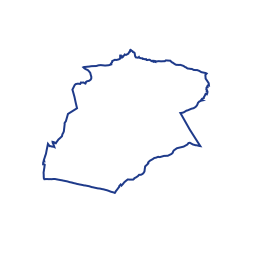 Ixhuatlancillo, Veracruz, Mexico (Natural Earth projection), rotated 123°
{"feature_id": "50627088B49506441430120", "entity_name": "Ixhuatlancillo", "entity_type": "district", "adm_level": 2, "iso_a3": "MEX", "parent_name": "Mexico", "parent_adm1": "Veracruz", "projection": "natural_earth1", "projection_center": [-97.161, 18.893], "detail": "fine", "context": "isolated", "style": "outline", "palette": "blue", "viewbox_px": 256, "rotation_deg": 123, "n_neighbors": 0, "source": "geoboundaries", "source_scale": "gbopen_adm2", "svg_char_len": 5274}
<svg xmlns="http://www.w3.org/2000/svg" viewBox="0 0 256 256"><g transform="rotate(123 128 128)"><path d="M216.5,170.3L216.1,169.7L215.9,169.6L214.8,167.9L214.7,167.7L214.5,167.4L214.2,166.8L212.9,164.8L212.6,164.3L211.5,162.9L210.8,161.9L210.6,161.5L210.2,160.7L210.0,160.0L209.8,159.6L209.5,158.9L209.4,158.5L209.0,157.7L208.7,156.9L208.5,156.4L208.2,155.7L208.0,155.3L207.7,154.6L207.5,153.9L207.2,153.2L206.9,152.5L206.7,151.9L206.3,151.0L206.0,150.2L205.8,149.7L205.1,147.2L204.9,146.8L204.8,146.5L204.7,146.3L204.6,146.1L204.5,145.9L204.4,145.6L204.4,145.4L204.3,145.1L204.2,145.0L204.2,144.8L204.1,144.7L203.8,143.6L203.7,143.3L203.3,142.3L203.2,142.0L203.1,141.7L203.0,141.4L202.8,140.7L202.5,139.8L202.2,139.2L201.9,138.3L201.5,137.3L201.3,136.9L200.4,134.6L200.3,134.2L200.2,133.9L200.0,133.5L199.8,133.1L199.6,132.8L199.4,132.4L199.3,132.0L199.2,131.8L198.9,131.1L198.7,130.6L198.0,128.9L197.7,127.8L197.7,127.7L197.6,127.4L197.5,126.9L197.4,126.7L197.3,126.1L197.0,125.6L196.7,124.8L196.6,124.5L195.9,122.6L195.6,121.9L195.3,120.9L195.2,120.8L194.9,120.1L194.6,119.5L194.3,118.9L194.1,118.6L193.5,116.9L193.2,116.1L192.9,115.5L192.6,114.6L192.5,114.3L192.2,113.3L191.6,111.6L191.6,111.4L191.5,111.0L191.4,110.7L191.3,110.4L191.2,109.8L190.7,107.4L190.2,106.0L189.8,104.7L189.6,103.9L189.6,103.7L189.4,103.6L187.7,103.8L185.8,103.6L184.4,103.5L184.0,103.5L182.1,103.3L181.6,103.7L180.2,103.5L179.4,103.4L179.7,102.4L179.8,102.1L179.1,102.0L177.3,101.7L175.7,101.6L173.6,101.0L171.3,100.2L170.6,98.9L169.8,97.6L168.5,95.6L167.2,95.2L166.6,95.3L165.3,94.5L163.0,93.5L161.2,93.2L160.2,91.7L158.7,90.8L157.4,90.5L155.6,90.5L154.7,90.9L153.1,91.7L151.7,92.3L150.9,92.7L149.3,92.3L146.7,91.7L146.4,92.2L145.5,92.3L143.5,91.8L140.6,90.3L138.8,89.6L137.7,88.4L135.7,87.0L135.6,86.4L134.9,85.3L131.8,82.6L129.6,79.5L126.1,77.4L124.3,77.0L123.0,77.4L121.7,77.3L118.4,76.0L117.5,75.2L115.0,72.8L113.3,71.2L109.5,69.2L107.7,69.1L106.7,68.1L106.6,66.5L106.5,64.7L105.6,61.8L105.1,61.0L104.7,59.9L104.2,58.4L103.8,57.5L102.1,61.3L95.7,75.3L86.9,92.2L86.3,91.5L85.5,90.6L84.5,89.8L83.5,89.3L81.5,88.4L80.9,87.7L79.4,86.7L77.3,85.3L75.7,83.8L73.6,82.8L71.7,82.5L70.4,82.6L68.9,83.0L67.1,82.7L65.2,81.5L64.4,80.7L64.7,81.9L63.1,81.8L61.7,80.7L61.1,81.0L60.5,81.2L60.0,81.1L59.6,81.2L58.2,81.3L57.8,81.4L57.4,81.5L57.0,81.4L57.0,81.1L56.8,80.2L55.2,80.6L54.9,80.8L54.0,81.3L53.9,81.5L54.1,81.6L54.3,82.0L54.1,82.1L53.1,82.6L53.0,83.3L52.9,83.4L51.7,83.9L51.5,84.1L51.3,84.1L50.8,84.1L50.4,83.5L49.4,84.3L48.7,84.2L48.3,83.7L48.2,83.3L46.5,84.7L45.5,86.9L44.3,89.8L41.4,92.0L39.5,91.7L39.6,92.8L41.2,96.9L41.3,99.4L41.7,101.3L41.8,101.7L42.4,102.5L43.2,104.0L43.5,104.5L43.7,106.6L44.2,107.4L45.0,109.2L45.6,110.3L45.7,111.2L45.5,112.0L45.7,112.7L45.8,114.1L45.7,114.4L45.8,115.7L46.4,118.0L46.5,118.4L47.7,120.1L47.8,120.4L48.6,121.7L48.9,122.6L48.9,125.1L48.8,125.3L48.9,125.8L48.8,126.3L49.0,126.9L48.8,128.2L48.7,128.5L48.5,129.1L50.7,133.1L51.9,133.5L53.3,135.5L54.1,136.6L54.9,138.1L55.3,138.8L56.0,139.6L56.4,140.0L56.7,140.6L57.0,141.5L57.7,141.0L58.0,141.9L57.9,142.7L58.6,142.8L58.6,143.4L58.2,143.9L59.1,144.7L59.0,145.6L59.0,146.3L59.0,147.1L59.4,147.6L59.8,148.1L60.5,148.8L60.8,149.4L60.4,150.2L60.9,150.7L60.9,151.2L61.3,151.6L61.6,152.7L62.0,153.2L61.7,153.8L62.4,155.0L62.9,156.8L62.5,157.5L63.3,157.7L63.7,158.1L64.5,159.9L63.9,161.1L61.5,163.3L61.3,164.1L61.5,164.7L61.6,165.2L61.2,165.8L61.2,166.9L61.2,167.3L61.0,168.4L61.3,168.6L62.5,168.3L62.8,167.9L63.2,168.0L63.4,168.3L64.9,168.3L65.5,168.2L67.8,169.5L68.2,170.7L68.2,170.8L69.4,170.8L69.5,170.8L70.5,171.4L71.1,171.0L71.6,171.4L72.2,171.4L72.3,171.6L72.7,172.0L71.1,173.4L71.5,174.0L74.1,172.4L75.0,172.9L75.5,173.1L76.1,173.7L77.2,174.7L78.0,176.2L80.5,177.7L81.7,177.1L83.3,177.4L83.8,176.7L85.8,178.3L88.1,181.2L89.1,183.2L90.2,185.3L91.6,187.0L92.9,188.0L93.6,188.8L95.4,191.4L96.2,192.5L97.6,194.0L98.5,195.2L100.0,197.0L100.8,198.1L101.4,198.5L101.7,197.0L101.7,195.7L101.5,194.3L101.3,193.2L101.9,190.9L102.4,189.6L103.2,188.8L104.0,187.9L105.0,186.7L106.2,185.9L106.8,185.7L108.0,185.7L109.7,186.4L111.1,187.8L112.2,188.3L113.1,188.0L113.9,187.9L114.1,188.9L114.0,190.0L114.7,190.9L115.2,191.5L115.4,192.2L117.1,192.1L117.7,193.4L118.2,194.3L119.7,195.8L121.1,196.1L122.7,195.9L126.1,195.5L127.2,194.2L131.1,189.8L134.9,186.0L137.4,183.4L139.2,181.5L148.9,186.0L156.1,183.8L158.0,183.9L158.6,183.8L159.1,183.3L162.1,181.8L165.1,180.3L165.7,180.0L167.2,179.7L169.0,179.6L170.9,178.9L173.9,179.6L175.2,180.0L175.6,180.1L176.0,180.1L178.0,180.2L179.6,180.3L180.1,180.2L180.3,180.6L180.3,181.1L180.1,181.4L180.1,181.5L180.3,182.6L180.7,183.7L181.4,183.1L182.1,181.9L184.1,179.4L184.3,180.6L184.9,181.4L185.2,182.4L185.6,183.6L185.9,183.9L184.9,186.5L191.3,184.0L194.2,182.8L195.3,182.5L195.5,182.5L195.8,182.4L196.1,182.3L196.3,182.3L196.4,182.2L196.7,182.2L197.0,182.1L198.4,181.7L199.6,181.4L200.7,181.1L201.0,181.0L201.0,180.6L201.6,180.0L201.9,180.5L202.0,180.6L203.2,180.3L203.9,179.9L204.7,179.4L204.2,178.5L204.1,178.2L204.3,177.9L204.3,177.7L205.3,177.3L206.2,176.9L206.5,176.7L207.4,176.3L207.7,176.2L209.0,175.6L209.6,175.3L211.0,174.7L211.6,174.4L212.2,173.9L213.6,172.9L214.2,172.5L214.4,172.4L215.7,171.4L216.1,171.1L216.5,170.3Z" fill="none" stroke="#1e3a8a" stroke-width="2"/></g></svg>